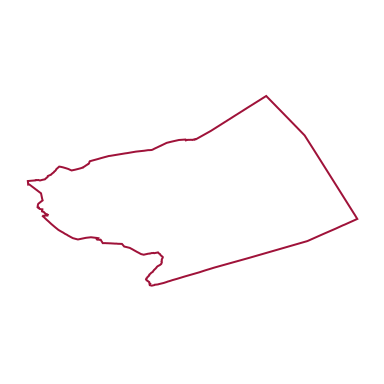 the district of Øyer nor, Oppland, Norway, rotated 356°
{"feature_id": "86288312B79344664474428", "entity_name": "Øyer nor", "entity_type": "district", "adm_level": 2, "iso_a3": "NOR", "parent_name": "Norway", "parent_adm1": "Oppland", "projection": "natural_earth1", "projection_center": [10.395, 61.327], "detail": "fine", "context": "isolated", "style": "outline", "palette": "rose", "viewbox_px": 384, "rotation_deg": 356, "n_neighbors": 0, "source": "geoboundaries", "source_scale": "gbopen_adm2", "svg_char_len": 5308}
<svg xmlns="http://www.w3.org/2000/svg" viewBox="0 0 384 384"><g transform="rotate(356 192 192)"><path d="M120.6,241.7L122.3,242.2L126.0,243.4L126.8,243.9L127.7,244.5L128.4,244.9L130.3,246.2L131.1,246.7L132.9,247.9L134.4,248.8L134.6,248.9L135.3,249.4L136.9,250.4L139.5,251.2L140.7,251.0L142.1,250.8L143.4,250.6L143.8,250.5L144.4,250.5L144.8,250.5L145.1,250.4L145.5,250.4L145.7,250.5L147.4,250.1L148.0,250.1L148.5,250.2L149.0,250.2L149.4,250.1L149.6,250.2L150.0,250.4L150.4,250.4L150.7,250.3L151.6,250.2L152.5,250.1L152.9,250.1L153.1,250.0L153.9,249.9L154.5,250.8L155.7,251.7L156.0,252.2L156.3,252.9L157.2,253.7L157.5,254.0L157.9,254.4L158.3,254.8L158.3,255.2L158.0,255.8L157.6,256.4L157.1,257.3L157.1,258.5L156.7,259.0L156.7,259.4L157.0,259.7L157.0,260.1L156.8,260.6L156.7,260.8L156.5,261.0L156.3,261.3L156.3,261.6L156.1,261.8L155.8,262.0L155.3,262.3L154.9,262.6L154.5,262.8L153.3,263.3L152.5,263.7L152.1,264.0L151.6,264.4L151.5,264.6L151.3,264.9L150.8,265.3L150.6,265.6L150.3,265.9L149.8,266.2L149.4,266.6L149.0,266.9L148.7,267.1L148.5,267.5L148.3,267.6L147.9,268.0L147.6,268.4L147.5,268.6L147.4,268.8L147.2,269.0L146.9,269.2L146.6,269.3L146.1,269.5L145.7,269.8L145.5,270.0L145.0,270.4L144.8,270.6L143.7,271.4L143.6,271.7L143.4,271.9L143.3,272.1L143.4,272.4L143.0,272.7L142.4,273.1L142.2,273.4L141.9,273.7L141.4,274.0L141.3,274.3L141.2,274.5L140.9,274.8L140.7,274.9L140.5,275.0L140.3,275.5L140.1,275.7L140.0,275.9L140.1,276.1L140.2,276.3L140.3,276.3L140.6,276.7L140.8,276.9L140.8,277.1L141.0,277.2L141.3,277.3L141.4,277.5L142.1,278.1L142.4,278.4L142.7,278.6L143.0,278.8L143.0,279.0L143.0,279.5L143.1,279.8L143.2,280.0L143.5,280.2L143.8,280.4L143.6,280.6L143.4,280.7L143.2,280.8L143.2,281.1L143.4,282.0L144.4,282.3L144.9,282.5L145.4,282.5L145.5,282.6L148.1,282.2L148.4,281.9L149.7,281.9L151.7,281.8L152.4,281.6L157.2,280.8L160.5,280.0L161.4,279.7L161.9,279.6L163.8,279.2L166.5,278.5L170.9,277.6L178.7,275.8L193.8,272.6L198.1,271.5L201.4,270.7L203.7,270.2L208.8,269.0L244.4,261.7L303.7,249.0L320.2,243.0L332.7,238.6L340.1,235.8L342.0,235.2L355.0,230.4L352.9,226.3L351.9,224.5L339.2,200.8L322.9,170.4L316.5,158.5L308.3,143.4L290.3,122.1L272.7,101.4L253.6,111.6L215.0,132.4L211.4,134.1L199.5,139.7L199.3,139.7L199.1,139.5L199.1,139.4L198.9,139.4L198.8,139.5L198.6,139.7L198.6,139.8L198.4,139.9L198.3,139.7L198.1,139.7L197.8,139.7L197.6,139.8L197.4,139.8L197.2,139.8L196.9,139.9L196.7,139.9L196.5,140.0L196.4,140.1L196.2,140.0L195.7,140.0L195.6,139.9L195.2,139.9L194.7,139.9L194.3,139.8L194.2,139.8L193.9,139.8L193.2,139.8L192.8,139.8L192.6,139.8L192.2,139.7L191.9,139.7L191.6,139.7L191.4,139.7L191.1,139.7L190.8,139.7L190.7,139.8L190.1,139.8L190.0,139.7L189.9,139.6L189.6,139.5L189.3,139.5L189.2,139.5L189.0,139.4L188.8,139.3L188.8,139.2L188.7,139.2L188.7,139.3L188.6,139.2L182.6,139.2L175.4,140.3L170.2,141.2L166.2,142.8L157.2,146.3L156.4,146.7L155.0,147.2L153.9,147.3L150.9,147.2L147.3,147.5L138.9,147.8L135.9,148.1L129.9,148.7L128.1,148.8L116.4,149.9L113.3,150.2L111.5,150.3L109.0,150.8L107.9,151.0L102.9,152.0L102.5,152.1L102.2,152.2L101.9,152.2L100.7,152.5L95.1,153.6L94.6,153.7L92.3,154.2L92.2,154.2L91.8,154.8L91.7,155.2L91.6,155.3L91.5,155.8L91.4,156.0L91.0,156.5L90.8,156.6L90.6,156.9L89.9,157.0L89.7,157.3L89.2,157.5L88.7,157.8L88.1,158.1L86.3,159.2L85.5,159.5L85.2,159.9L84.8,159.9L84.7,160.1L84.3,160.2L83.8,160.2L83.4,160.3L82.9,160.5L79.8,161.1L77.0,161.6L73.4,162.1L71.8,161.3L70.2,160.4L67.7,159.4L65.0,158.4L62.7,157.7L61.3,157.4L58.6,159.5L58.4,159.6L58.3,159.8L58.1,160.0L57.9,160.3L57.7,160.7L57.5,160.9L57.2,161.2L57.0,161.4L56.9,161.5L56.5,161.7L56.3,161.8L55.9,162.1L55.8,162.4L55.6,162.6L55.4,162.8L55.1,163.0L54.5,163.3L54.3,163.5L54.0,163.8L53.3,164.1L52.6,164.9L49.3,166.0L49.2,166.1L49.2,166.3L49.2,166.5L48.9,167.1L48.7,167.3L48.1,167.5L47.3,168.2L46.8,168.5L46.7,168.6L46.5,168.9L46.1,169.1L43.2,169.5L42.3,169.7L41.1,169.9L39.6,169.3L39.2,169.4L38.3,169.3L37.8,169.2L37.7,169.2L37.4,169.2L37.4,169.3L37.0,169.3L36.8,169.3L36.7,169.3L36.6,169.5L29.0,169.6L29.1,173.2L30.2,173.1L41.3,182.8L41.8,186.4L42.0,188.0L42.2,188.9L42.2,189.0L42.4,190.0L41.1,190.8L37.9,193.0L37.7,193.3L37.3,194.4L37.0,195.8L37.7,196.5L37.2,196.8L37.7,197.3L38.2,197.2L38.3,197.2L38.4,197.8L39.0,198.3L40.9,198.8L41.5,198.8L42.0,199.0L41.9,199.0L41.4,199.2L41.2,199.3L41.3,199.3L41.2,199.5L41.1,200.0L41.3,200.2L41.1,200.9L41.7,201.2L42.7,201.5L43.4,202.5L43.5,202.6L43.8,202.8L44.2,203.5L44.4,203.4L44.7,203.7L44.8,203.8L45.1,203.9L45.6,204.0L45.6,204.3L45.6,204.6L45.8,204.7L46.0,204.9L46.4,204.9L46.3,205.1L46.2,205.4L43.5,205.3L42.1,205.4L41.8,205.4L41.1,205.2L40.9,205.0L41.7,206.0L42.7,206.9L43.6,208.0L44.2,208.6L44.9,209.4L46.1,210.6L46.8,211.3L49.4,214.1L53.2,217.8L54.4,218.9L56.1,220.5L58.0,221.8L60.1,223.2L60.5,223.4L62.3,224.8L64.5,226.1L64.9,226.5L68.3,228.7L69.9,229.7L72.2,230.5L72.8,230.7L74.9,231.4L80.8,230.6L83.1,230.3L88.0,230.1L88.6,230.2L93.9,231.2L95.2,231.5L95.0,231.8L94.4,231.9L94.3,232.0L94.8,232.3L94.0,232.4L93.7,232.5L93.8,232.7L94.2,232.9L94.6,233.0L95.0,232.9L95.3,232.9L95.7,233.1L96.3,233.3L96.7,233.2L97.2,233.3L97.5,233.2L97.7,233.4L97.9,234.0L98.8,235.6L99.4,236.8L101.6,236.9L102.3,237.0L107.6,237.6L108.4,237.7L110.0,237.9L111.3,238.1L111.8,238.1L112.3,238.2L113.0,238.2L113.8,238.4L118.5,238.9L120.6,241.7Z" fill="none" stroke="#9f1239" stroke-width="2"/></g></svg>